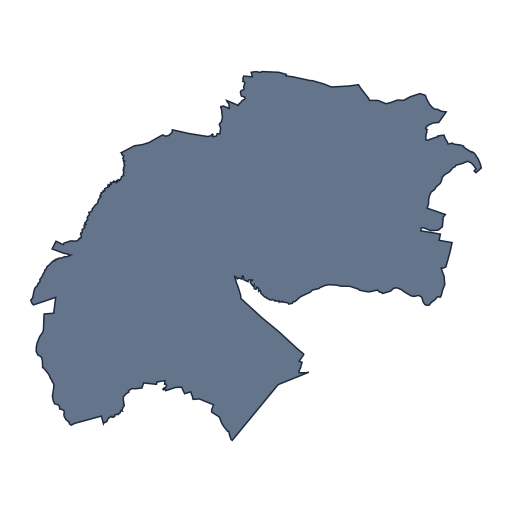 outline of Supur, Satu Mare, Romania
{"feature_id": "2599482B47171658454512", "entity_name": "Supur", "entity_type": "district", "adm_level": 2, "iso_a3": "ROU", "parent_name": "Romania", "parent_adm1": "Satu Mare", "projection": "mercator", "projection_center": [22.793, 47.46], "detail": "fine", "context": "isolated", "style": "filled", "palette": "slate", "viewbox_px": 512, "rotation_deg": 0, "n_neighbors": 0, "source": "geoboundaries", "source_scale": "gbopen_adm2", "svg_char_len": 5982}
<svg xmlns="http://www.w3.org/2000/svg" viewBox="0 0 512 512"><path d="M232.2,440.4L278.2,384.6L308.9,372.2L305.8,372.8L299.1,372.7L299.2,370.6L300.8,367.4L300.8,366.3L302.1,362.3L299.1,361.2L303.8,354.5L303.3,353.7L297.8,349.2L278.6,331.5L262.1,317.9L240.8,298.4L240.8,295.9L238.1,286.8L236.7,283.6L234.5,275.8L237.5,278.9L238.9,277.8L242.0,279.2L242.3,275.9L243.2,276.1L244.1,279.9L247.2,281.4L248.1,281.6L248.0,280.5L249.0,279.9L253.0,279.9L250.5,281.1L250.3,282.4L252.7,285.8L253.5,286.2L254.1,285.2L254.2,288.7L255.9,289.3L256.8,288.5L256.6,287.2L258.1,287.7L258.6,288.2L258.6,290.6L259.0,289.9L259.6,291.0L260.4,290.7L260.9,293.3L264.7,297.0L266.4,297.5L267.0,298.5L267.5,298.3L269.5,299.7L271.7,300.0L272.7,299.5L274.9,301.0L275.6,300.5L276.2,301.1L278.6,301.0L279.0,302.0L279.5,301.2L280.1,301.8L281.8,302.0L282.5,301.2L283.2,302.1L287.9,302.8L288.8,304.1L292.4,303.3L293.1,301.7L295.0,301.6L300.5,296.7L310.4,292.1L312.4,290.0L318.8,288.6L319.7,287.7L325.4,285.3L329.3,284.7L336.7,285.1L340.2,286.1L349.8,286.3L358.6,289.2L359.4,290.2L366.9,291.7L369.3,291.9L377.4,290.0L379.7,292.2L381.3,292.3L382.6,293.5L390.8,291.0L393.5,288.3L397.1,287.8L401.8,289.9L404.3,291.9L411.4,296.0L414.4,296.4L418.2,295.4L421.1,296.6L422.1,298.1L423.0,301.6L424.7,304.3L426.1,305.2L429.0,305.2L431.4,302.4L435.1,299.6L437.5,296.7L440.2,297.2L441.2,295.8L442.6,290.0L444.8,284.5L444.1,276.5L441.2,268.2L443.2,268.1L445.9,266.9L449.9,252.5L452.1,242.6L439.1,240.3L440.4,234.1L420.8,230.8L421.2,228.2L421.8,227.7L424.5,228.1L430.5,230.6L433.3,230.5L438.3,230.1L442.4,226.7L443.2,217.2L445.4,214.5L427.2,208.2L428.7,203.2L428.5,201.4L429.2,196.5L431.1,192.1L434.6,189.6L436.1,186.9L440.2,183.4L441.4,181.1L442.3,177.1L445.3,174.2L449.4,171.9L453.2,167.5L455.1,166.7L455.8,165.3L462.4,163.5L467.5,161.3L471.1,162.8L473.8,165.6L476.0,168.9L474.1,171.0L476.0,172.7L481.3,168.0L480.3,164.0L478.2,158.9L474.4,153.3L472.5,152.0L471.7,151.7L471.6,152.2L464.0,147.5L463.7,146.1L460.5,145.0L453.5,144.1L452.6,143.1L448.1,144.1L447.3,141.8L445.5,139.2L444.0,135.1L439.3,135.7L437.8,136.1L437.9,136.6L427.1,140.3L426.1,140.0L425.8,137.6L426.2,133.6L426.9,132.2L426.5,130.8L427.3,129.6L425.6,128.6L426.5,126.7L428.9,124.9L433.0,123.0L438.7,122.5L446.2,111.9L441.5,111.3L437.4,109.3L434.7,109.1L432.4,107.5L429.5,104.3L426.2,98.0L425.8,96.1L424.8,95.1L420.0,93.6L410.1,96.8L403.5,100.4L397.6,100.0L389.7,102.9L385.9,103.7L378.0,100.4L369.4,100.4L368.6,98.4L360.5,88.0L358.5,84.7L349.1,86.0L331.3,87.0L324.0,84.0L312.3,80.6L310.3,80.6L292.8,76.8L285.9,75.9L286.4,74.4L278.8,72.3L263.0,71.6L261.6,71.6L260.8,72.5L256.0,71.6L251.2,72.3L252.4,76.8L243.6,76.1L243.4,77.4L242.8,78.5L243.3,79.8L242.7,81.3L244.2,81.9L244.8,83.4L243.6,87.0L244.1,88.7L243.7,89.6L241.1,90.6L240.4,92.3L241.3,96.0L244.9,97.3L244.9,98.5L244.4,99.4L241.8,100.8L240.7,102.7L239.1,103.6L238.4,105.4L226.6,100.5L227.1,101.7L228.9,103.8L229.2,108.5L223.4,106.0L220.8,106.6L220.6,107.3L221.1,107.8L221.6,110.1L222.4,117.8L221.3,121.9L219.6,123.6L219.3,124.6L220.7,128.1L220.1,131.0L220.0,133.7L217.3,133.7L216.1,136.2L212.7,136.7L213.0,134.6L212.5,134.1L210.3,136.0L207.6,136.5L188.8,133.5L172.4,129.8L172.0,132.5L168.6,135.5L165.6,136.2L162.6,134.9L148.9,142.6L142.4,144.6L134.4,145.8L121.2,152.7L122.0,153.1L121.7,153.9L122.5,155.3L123.7,155.7L123.3,157.4L122.8,158.2L123.4,159.3L123.4,160.4L124.4,160.9L123.5,161.3L124.3,163.2L124.0,164.7L124.7,165.5L123.5,168.0L124.0,168.9L123.3,169.6L123.2,170.7L123.9,172.0L123.2,174.3L123.8,175.5L121.5,176.6L121.1,178.4L119.9,180.0L118.5,179.7L118.9,180.7L116.8,180.6L117.2,181.5L116.6,181.7L116.9,182.2L116.5,182.6L116.2,182.0L114.6,181.4L114.9,181.9L114.2,182.2L114.2,182.9L113.6,181.7L111.8,182.6L111.4,183.7L110.6,182.9L110.6,184.5L108.5,184.6L109.3,185.7L109.3,186.5L107.9,186.0L108.0,187.0L104.7,188.7L104.7,190.7L104.1,190.4L102.8,191.2L102.8,192.2L101.1,192.8L101.2,193.7L99.9,195.9L100.9,196.5L98.2,200.1L97.9,202.5L96.7,204.2L95.2,205.0L93.6,207.5L92.3,208.6L92.3,210.2L91.1,211.6L88.8,212.4L89.5,214.8L87.8,216.3L87.2,217.7L87.8,219.7L86.4,220.8L85.8,222.6L84.8,222.9L84.8,223.6L85.8,224.5L84.1,225.2L84.4,225.9L84.1,226.6L84.8,227.7L82.1,229.6L82.3,232.5L80.7,233.1L80.6,234.5L81.1,234.8L81.3,236.7L81.0,237.8L80.2,237.7L79.6,238.8L79.0,238.7L78.5,239.8L76.3,241.1L70.5,240.9L63.9,243.2L63.2,244.6L56.0,241.2L52.1,249.0L64.2,253.4L68.1,254.1L68.6,254.9L70.6,255.1L66.5,256.9L64.5,256.7L61.6,258.0L58.4,258.2L57.5,259.4L56.2,259.0L55.8,259.8L54.9,260.1L55.0,260.6L53.6,260.6L53.3,261.4L52.4,261.6L48.8,265.3L47.2,266.4L46.1,269.0L44.9,269.9L44.2,272.7L43.6,273.1L41.7,277.1L39.8,279.6L40.1,281.1L39.7,282.0L38.1,283.5L37.3,285.7L35.0,287.9L34.2,290.1L32.6,298.0L30.7,300.2L32.2,303.6L33.5,304.9L55.7,297.4L53.7,313.2L44.1,314.0L43.4,330.0L42.8,332.1L39.7,336.6L37.1,343.0L36.3,347.0L36.2,351.5L37.9,355.1L40.1,356.1L41.6,357.6L42.4,360.9L42.6,367.7L43.5,367.8L48.9,374.5L50.6,378.8L51.5,379.2L52.0,381.4L53.8,383.9L53.7,387.8L52.4,396.4L53.2,400.4L54.6,403.8L58.2,404.8L59.4,406.4L59.7,409.1L61.0,409.2L63.8,410.4L64.3,412.2L63.9,414.2L64.0,415.9L65.9,419.5L69.0,422.1L69.5,423.9L71.1,425.2L74.9,423.3L101.4,416.1L103.5,423.9L104.3,422.4L106.0,422.1L107.1,421.1L108.0,418.6L111.3,416.3L111.9,416.4L112.1,417.3L114.0,417.0L114.7,416.4L114.4,415.5L115.2,414.6L116.4,414.7L116.9,414.1L118.0,414.6L118.7,413.7L119.7,413.4L120.9,410.8L122.2,411.1L121.7,410.3L122.2,409.9L123.1,407.0L123.9,406.5L124.3,404.7L123.6,403.7L123.8,402.1L123.2,400.1L123.5,396.7L126.1,393.8L128.9,392.0L128.5,390.9L130.4,389.4L132.2,388.6L135.1,388.8L141.9,388.0L143.6,383.0L156.5,384.3L156.8,382.1L164.9,380.6L164.6,384.2L165.7,384.0L166.7,385.9L165.4,387.5L164.0,388.0L162.9,389.1L163.7,389.9L165.2,389.1L165.8,390.7L175.3,387.5L181.6,387.2L184.6,393.7L190.8,391.8L191.7,395.1L192.3,395.4L192.8,398.9L193.2,399.4L199.2,398.9L213.5,404.8L211.6,409.9L211.7,412.1L219.2,416.9L221.8,423.3L223.6,426.3L227.7,431.4L228.9,431.5L229.4,434.6L231.0,439.3L232.2,440.4Z" fill="#64748b" stroke="#1e293b" stroke-width="1.5"/></svg>